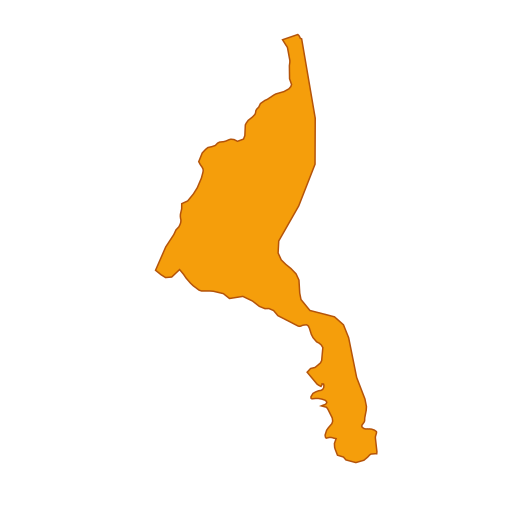 the border of Geylegphug, rotated 264°
{"feature_id": "BTN-2482", "entity_name": "Geylegphug", "entity_type": "District", "adm_level": 1, "iso_a3": "BTN", "parent_name": "Bhutan", "parent_adm1": "", "projection": "orthographic", "projection_center": [90.239, 26.953], "detail": "fine", "context": "isolated", "style": "filled", "palette": "amber", "viewbox_px": 512, "rotation_deg": 264, "n_neighbors": 0, "source": "natural_earth", "source_scale": "10m", "svg_char_len": 2617}
<svg xmlns="http://www.w3.org/2000/svg" viewBox="0 0 512 512"><g transform="rotate(264 256 256)"><path d="M83.5,347.2L80.7,346.8L79.4,346.1L76.6,343.6L75.1,343.4L73.3,345.0L72.5,347.0L72.4,348.8L72.2,349.7L72.2,350.6L71.7,352.9L70.5,355.5L68.8,357.4L67.6,357.4L64.2,356.0L62.8,355.7L48.7,355.8L46.7,355.4L46.9,353.9L47.0,349.7L46.3,348.3L44.3,346.0L41.6,342.0L40.1,333.7L43.8,324.1L46.9,322.0L49.4,316.2L55.8,314.5L57.5,314.2L60.0,314.3L61.4,314.4L66.0,316.6L66.7,314.3L67.2,313.3L67.7,311.7L67.9,310.1L67.5,306.8L68.6,306.1L70.7,306.0L75.3,308.0L77.6,310.0L81.3,313.9L83.7,315.0L87.0,314.9L96.1,311.5L98.2,310.3L100.1,305.3L100.7,307.4L100.9,308.4L101.2,309.5L101.9,310.4L102.9,311.1L104.1,310.8L105.4,309.6L106.8,306.5L107.8,303.2L108.1,300.3L108.1,296.7L108.9,295.8L110.4,296.0L113.4,298.3L114.6,301.1L115.4,304.0L115.6,306.7L116.4,308.4L118.1,309.6L120.1,310.0L121.6,309.8L121.9,308.3L121.1,308.2L120.3,307.6L119.5,307.0L120.8,305.0L122.1,303.4L135.1,294.7L138.4,298.5L139.0,303.1L142.9,308.9L145.2,310.4L149.9,311.3L157.9,312.9L160.7,311.6L162.7,309.7L164.3,307.3L168.8,304.2L172.4,302.8L178.8,301.5L181.1,300.6L182.3,299.1L182.3,296.2L182.2,295.2L182.0,294.3L181.6,293.3L181.5,292.1L181.9,290.6L194.4,271.5L199.9,267.8L202.4,263.4L202.7,259.4L205.6,254.0L211.6,247.8L217.2,238.7L216.5,225.2L222.0,219.6L225.4,209.9L226.1,206.1L226.9,198.2L228.0,195.8L232.9,190.5L235.7,188.1L241.3,184.2L245.4,182.0L250.5,178.6L243.9,170.0L244.0,163.8L247.3,159.6L252.3,154.6L274.5,167.2L285.9,176.5L290.4,179.2L293.1,182.4L295.2,183.7L296.8,184.5L298.3,184.9L299.8,185.1L301.3,184.9L303.4,184.9L305.4,185.2L310.6,187.0L315.8,187.6L317.9,193.8L324.2,200.2L330.1,204.8L339.1,209.8L344.3,211.8L346.2,212.4L348.1,212.4L349.9,211.7L352.8,210.1L355.8,208.9L364.1,213.3L367.3,217.0L368.9,219.5L369.4,223.7L370.2,227.1L372.3,229.6L373.1,231.7L373.1,235.9L373.5,238.2L374.5,241.4L374.8,243.2L374.1,246.3L372.0,249.6L373.6,255.8L376.9,257.5L387.5,259.1L389.3,260.3L391.7,262.4L394.6,267.0L396.9,269.7L398.4,270.5L400.4,271.0L401.9,272.0L403.8,274.3L407.2,276.4L409.8,281.1L410.6,283.6L414.3,290.7L415.1,292.7L416.6,301.0L418.8,306.2L420.8,308.3L422.8,309.3L428.7,307.9L441.8,309.1L445.1,309.9L446.9,310.1L459.8,309.1L461.0,308.7L462.4,307.9L468.3,305.0L471.9,320.7L471.0,321.5L470.0,322.1L467.9,322.8L467.2,324.1L386.8,329.3L341.1,324.3L301.3,303.7L268.6,280.2L256.7,278.3L249.5,280.7L244.5,284.8L239.8,289.5L234.0,294.0L227.5,296.2L214.5,295.6L208.0,296.2L196.2,303.9L187.3,327.7L178.4,335.8L165.0,339.6L124.7,343.4L102.4,349.4L94.7,350.1L91.1,349.5L83.9,347.3L83.5,347.2Z" fill="#f59e0b" stroke="#b45309" stroke-width="1.5"/></g></svg>